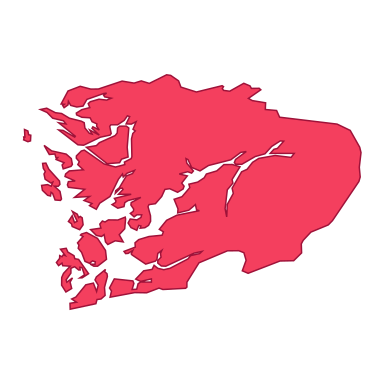 map outline of Hordaland (Robinson projection)
{"feature_id": "NOR-913", "entity_name": "Hordaland", "entity_type": "County", "adm_level": 1, "iso_a3": "NOR", "parent_name": "Norway", "parent_adm1": "", "projection": "robinson", "projection_center": [5.687, 60.257], "detail": "fine", "context": "isolated", "style": "filled", "palette": "rose", "viewbox_px": 384, "rotation_deg": 0, "n_neighbors": 0, "source": "natural_earth", "source_scale": "10m", "svg_char_len": 5896}
<svg xmlns="http://www.w3.org/2000/svg" viewBox="0 0 384 384"><path d="M110.1,297.2L111.5,291.0L109.5,288.0L114.3,278.9L132.9,280.9L133.9,283.4L132.1,289.5L136.7,289.2L138.1,283.7L140.7,282.0L151.4,282.1L151.4,278.9L140.7,281.4L135.7,279.1L143.7,270.8L152.1,269.4L154.1,265.3L157.8,268.3L163.8,269.7L170.0,268.3L188.0,258.9L190.7,255.6L199.7,253.6L202.0,251.4L194.1,253.1L165.8,266.2L161.3,266.0L157.8,263.1L157.8,260.6L161.0,257.2L160.5,253.4L161.8,250.4L157.8,253.4L156.9,259.4L155.4,261.1L145.7,264.1L132.0,254.9L131.2,253.9L132.8,250.4L128.1,253.4L125.6,253.6L124.0,251.4L135.3,247.1L135.0,242.8L138.7,239.6L149.0,236.5L162.1,235.2L163.4,231.8L159.3,229.3L166.6,220.3L176.9,215.2L199.4,210.7L196.6,209.9L195.4,204.6L188.8,210.2L177.7,212.9L178.0,208.9L174.1,199.3L182.0,196.7L189.8,187.6L188.9,184.2L197.7,182.1L204.2,177.8L206.4,174.0L216.8,170.9L223.9,164.6L232.3,164.5L240.0,166.8L232.1,179.5L232.9,183.1L227.3,189.8L225.1,208.7L226.7,216.9L227.3,204.4L233.3,193.4L232.1,188.2L241.6,171.8L247.1,169.3L252.6,162.3L258.8,158.4L275.1,155.5L291.1,157.4L294.2,153.4L270.2,153.4L273.9,149.3L277.4,148.4L283.7,141.2L280.3,140.9L271.7,146.4L265.0,153.8L255.3,156.5L241.8,164.3L235.9,164.2L234.3,162.7L235.5,159.5L246.3,151.5L240.7,152.4L230.8,159.8L208.5,165.5L200.0,170.9L191.6,167.4L188.0,159.6L186.0,158.6L186.8,163.2L193.4,171.0L191.6,173.1L187.7,171.7L179.2,174.0L187.3,175.9L181.7,183.1L184.1,186.2L183.1,189.0L177.6,192.3L169.7,188.7L164.9,189.4L161.7,196.5L155.4,203.7L149.0,204.6L148.0,206.6L150.5,215.8L150.6,221.3L148.5,225.4L144.9,227.7L140.1,228.2L140.9,226.0L138.7,225.4L136.8,230.3L131.0,227.6L128.1,223.0L130.2,219.0L136.9,219.9L140.9,217.5L141.7,214.8L136.9,214.8L134.1,216.9L130.3,213.4L133.3,211.3L133.7,209.1L130.9,205.0L131.2,202.6L140.9,197.4L128.1,200.5L124.8,202.6L124.0,206.6L117.8,208.2L112.0,204.6L115.5,202.5L116.0,200.9L114.4,198.4L131.2,194.3L118.4,194.3L123.0,189.5L122.4,188.2L120.3,188.3L115.3,193.3L115.7,190.7L119.3,187.8L126.4,175.9L132.5,173.6L134.5,170.4L127.1,173.2L123.2,177.0L122.5,174.0L118.5,179.1L110.0,196.5L99.7,203.2L96.3,209.3L89.5,205.6L92.0,203.5L84.0,200.5L89.6,196.5L74.5,197.4L84.7,189.3L68.4,187.3L67.4,184.9L68.4,181.6L75.2,181.0L65.0,176.5L65.6,174.0L69.3,170.9L83.3,169.8L77.8,164.6L79.3,161.7L76.3,158.2L76.4,155.9L81.3,151.0L84.3,150.1L104.2,164.0L115.5,167.0L124.8,164.6L124.4,162.1L131.2,158.6L131.9,156.6L131.5,138.9L132.8,133.5L135.3,130.9L133.0,129.3L136.1,121.7L131.3,124.1L126.1,123.9L129.7,116.6L127.4,115.8L124.2,120.4L117.6,124.8L110.9,124.8L109.7,126.4L111.2,133.5L110.1,135.1L100.3,137.2L83.7,145.2L77.9,144.8L58.7,130.0L63.1,130.4L74.7,137.1L75.3,136.2L58.7,122.8L65.9,123.9L63.5,120.8L52.7,118.2L47.1,112.5L40.4,109.5L46.7,108.2L55.4,112.7L61.6,113.5L69.4,118.2L81.4,121.2L84.2,122.7L84.9,128.0L89.3,133.3L92.1,134.1L89.7,130.0L99.3,135.1L92.0,128.3L92.9,126.8L99.3,130.0L96.6,126.1L96.9,123.9L92.1,121.7L90.1,117.8L81.9,117.3L76.6,114.9L76.3,113.1L81.9,109.6L89.8,107.6L88.2,103.6L90.3,101.7L99.0,99.2L106.7,100.1L111.3,98.2L104.7,96.9L103.6,95.2L106.6,93.1L103.7,93.5L86.9,99.4L83.0,106.1L76.8,107.0L70.7,105.4L68.4,101.4L68.0,104.9L64.1,107.7L62.7,105.5L64.3,104.3L61.1,104.0L68.0,91.0L80.2,86.3L90.8,89.1L98.4,89.0L122.1,81.1L134.1,83.1L141.3,80.9L149.3,83.4L166.6,74.8L170.7,75.4L178.6,80.9L180.9,87.1L196.4,92.0L222.1,85.7L223.5,86.6L222.3,88.6L223.6,90.4L229.7,91.2L243.8,83.3L250.0,85.9L251.4,88.4L259.2,88.3L260.8,89.8L248.4,98.4L252.3,100.6L265.6,102.8L265.3,109.5L276.6,110.5L279.6,117.2L337.1,124.1L350.2,130.4L359.7,147.2L361.0,152.6L359.3,167.3L360.2,177.0L358.9,181.5L332.5,220.6L328.3,224.9L310.9,232.1L303.2,240.3L301.3,243.9L301.6,252.9L293.7,260.7L280.0,261.0L248.1,273.3L242.3,270.8L246.1,260.3L243.9,252.7L238.8,250.7L227.5,250.8L199.0,262.8L186.9,282.2L186.9,287.1L185.6,288.3L162.9,289.5L159.0,288.1L146.6,292.8L134.7,292.6L110.1,297.2ZM128.8,128.0L127.2,147.3L128.1,157.0L121.5,159.2L119.6,162.7L107.2,163.7L86.4,147.3L96.4,145.6L99.3,142.7L115.1,135.6L117.2,133.0L117.6,128.0L119.6,126.2L126.3,126.1L128.8,128.0ZM70.2,309.2L70.0,303.3L76.5,302.2L71.7,299.0L75.9,297.0L85.8,284.8L93.4,283.1L96.6,291.5L98.2,285.2L95.0,279.9L96.4,276.9L105.5,269.4L104.6,271.6L107.0,273.7L107.4,276.4L104.5,287.4L105.1,295.4L101.0,299.0L97.0,299.5L95.9,303.7L70.2,309.2ZM105.5,250.4L106.5,259.3L97.6,266.2L93.8,266.2L90.1,264.1L95.0,264.3L95.3,261.8L92.5,260.9L89.5,263.3L85.0,261.4L81.6,252.4L78.2,248.3L78.9,245.1L77.5,242.9L83.1,236.5L80.5,235.1L81.4,234.1L86.5,232.5L97.5,238.4L105.5,250.4ZM117.9,220.0L125.2,217.1L125.6,219.0L124.7,228.8L119.2,234.7L123.2,241.9L115.2,240.8L107.8,244.5L105.5,241.9L104.1,234.6L101.5,236.5L96.3,235.4L90.6,229.6L100.9,228.1L99.8,224.1L102.4,221.0L105.0,222.0L108.4,219.9L117.9,220.0ZM78.6,259.4L88.6,273.7L82.2,277.8L79.8,277.9L84.5,274.8L82.0,267.6L79.8,267.3L80.2,269.9L78.7,270.0L74.6,266.7L70.9,268.3L70.9,273.1L66.1,279.9L66.8,282.2L72.5,277.9L70.1,282.1L71.7,288.5L65.9,292.0L61.6,285.2L61.7,277.5L63.5,273.4L70.2,266.2L62.7,265.7L62.0,263.1L58.6,265.6L56.4,262.5L59.6,258.4L59.7,255.6L62.0,256.7L63.2,254.9L65.3,255.6L60.5,249.2L66.2,248.3L67.9,252.1L74.0,255.7L74.8,258.7L78.6,259.4ZM61.5,199.0L60.5,200.4L55.1,200.0L52.6,193.4L51.1,192.3L50.5,196.0L47.6,195.3L42.4,190.3L41.6,185.4L47.6,184.6L51.2,186.2L52.8,182.1L50.9,183.0L45.1,179.2L44.0,174.0L45.3,171.6L43.3,168.3L42.6,163.4L45.9,163.1L48.8,169.2L59.5,181.1L59.9,184.4L58.2,186.3L54.4,186.2L60.0,191.4L61.5,199.0ZM49.3,154.5L44.1,145.4L51.7,150.9L66.2,154.1L71.3,158.6L72.4,164.5L71.0,166.4L63.2,168.9L62.1,165.0L64.1,162.7L56.1,159.5L57.7,157.6L56.0,157.8L54.9,154.0L49.3,154.5ZM82.2,217.8L83.1,224.8L79.7,229.7L72.2,226.5L71.5,223.8L68.4,221.5L72.2,215.7L74.5,222.6L77.2,221.2L72.4,211.4L77.3,214.2L78.7,217.6L80.2,216.4L82.2,217.8ZM30.8,135.2L30.5,140.9L27.9,141.7L23.0,139.6L24.1,139.8L23.7,137.0L24.9,137.1L24.5,129.5L27.9,131.0L28.6,134.7L30.8,135.2Z" fill="#f43f5e" stroke="#9f1239" stroke-width="1.5"/></svg>